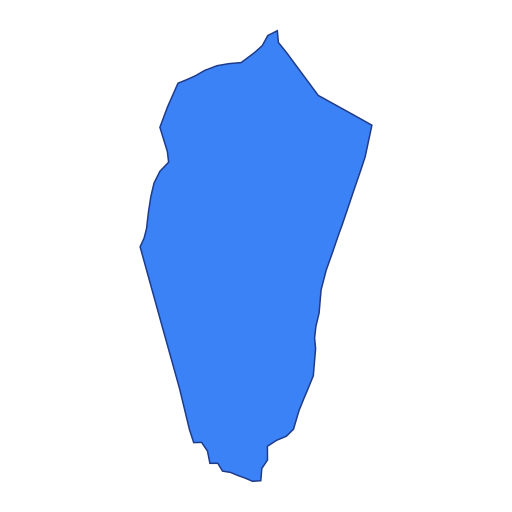 the district of São Miguel de Taipu, Paraíba, Brazil
{"feature_id": "56859067B70917527090228", "entity_name": "São Miguel de Taipu", "entity_type": "district", "adm_level": 2, "iso_a3": "BRA", "parent_name": "Brazil", "parent_adm1": "Paraíba", "projection": "equal_earth", "projection_center": [-35.197, -7.244], "detail": "fine", "context": "isolated", "style": "filled", "palette": "blue", "viewbox_px": 512, "rotation_deg": 0, "n_neighbors": 0, "source": "geoboundaries", "source_scale": "gbopen_adm2", "svg_char_len": 921}
<svg xmlns="http://www.w3.org/2000/svg" viewBox="0 0 512 512"><path d="M277.3,30.7L267.8,35.5L262.3,45.6L254.5,52.6L241.1,62.6L229.1,63.6L217.0,65.7L204.7,70.4L195.3,75.8L187.1,79.5L178.0,83.2L167.4,107.2L159.9,127.3L164.6,142.6L167.4,151.7L168.6,162.2L159.9,171.3L154.0,183.1L150.8,196.8L148.5,211.7L146.5,228.8L144.1,238.1L140.1,246.8L161.9,325.4L179.5,388.4L189.4,429.4L193.7,442.6L201.6,442.4L207.5,451.1L209.9,463.3L217.8,463.3L222.5,471.1L230.5,472.4L237.9,475.5L245.4,478.2L252.5,481.3L260.8,480.7L261.8,468.5L267.5,460.0L267.4,446.3L276.6,440.3L286.4,436.2L293.5,429.2L299.0,410.6L303.7,399.0L307.3,390.5L313.3,375.8L315.6,348.7L314.6,338.0L315.9,326.4L319.1,313.0L321.1,289.8L326.2,270.2L332.8,251.6L338.8,234.0L342.3,224.5L348.6,205.9L354.1,189.5L357.8,178.8L361.2,168.9L365.2,156.7L371.9,125.2L354.9,115.7L318.2,95.4L286.4,52.4L278.4,42.5L277.3,30.7Z" fill="#3b82f6" stroke="#1e3a8a" stroke-width="1.5"/></svg>